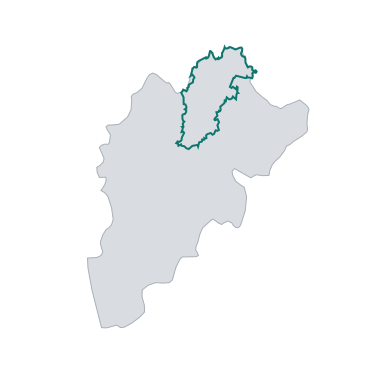 location of Liege within Belgium, rotated 282°
{"feature_id": "BEL-3481", "entity_name": "Liege", "entity_type": "Province", "adm_level": 1, "iso_a3": "BEL", "parent_name": "Belgium", "parent_adm1": "", "projection": "natural_earth1", "projection_center": [5.813, 50.464], "detail": "fine", "context": "in_parent", "style": "outline", "palette": "teal", "viewbox_px": 384, "rotation_deg": 282, "n_neighbors": 0, "source": "natural_earth", "source_scale": "10m", "svg_char_len": 4731}
<svg xmlns="http://www.w3.org/2000/svg" viewBox="0 0 384 384"><g transform="rotate(282 192 192)"><path d="M174.5,102.6L180.7,105.1L186.1,105.6L188.5,104.5L187.0,98.4L191.4,95.2L196.4,93.7L198.6,96.3L203.0,99.0L206.6,99.0L216.2,92.1L218.4,93.4L220.4,95.9L220.9,97.9L221.2,100.0L223.4,100.9L230.9,100.4L234.7,96.7L237.8,94.3L240.0,95.9L241.1,100.5L243.1,106.6L252.1,113.4L259.7,115.3L269.0,114.0L272.7,112.8L275.2,113.8L277.7,117.4L283.1,121.5L294.4,124.4L297.8,126.0L300.2,128.8L299.5,132.8L294.1,142.6L293.4,145.5L294.2,146.5L293.1,148.3L286.1,154.9L285.4,157.2L287.8,161.0L289.7,164.2L293.9,165.7L297.9,166.2L305.4,166.4L313.4,166.6L314.3,168.4L323.3,173.8L326.1,178.0L332.5,182.1L327.2,187.3L328.0,189.6L329.9,192.0L337.2,193.3L340.8,196.7L341.0,201.9L342.7,210.4L327.7,218.9L323.5,228.3L323.1,230.2L322.6,229.9L321.0,226.8L318.2,226.8L312.0,225.5L303.4,234.0L299.5,241.1L297.1,246.3L293.7,250.5L293.0,255.0L293.4,256.9L292.2,259.3L292.1,261.8L297.1,266.8L298.4,269.5L304.5,278.4L302.6,281.6L301.1,285.1L299.3,287.6L297.3,289.2L291.0,289.1L283.0,290.2L277.6,291.9L274.8,291.9L269.1,287.5L262.7,280.9L258.6,277.7L256.7,275.0L251.7,273.9L244.5,270.6L239.5,267.0L235.2,264.8L229.2,263.7L224.2,263.8L222.7,257.9L222.2,251.0L218.1,246.5L223.8,228.7L220.5,226.9L216.8,228.3L211.6,232.6L209.1,237.7L207.5,242.1L198.7,246.4L184.7,248.0L169.5,246.4L167.4,245.3L166.4,244.0L166.4,242.4L167.5,240.0L170.2,237.1L170.9,232.9L168.2,229.3L166.4,227.9L167.1,224.4L169.2,220.0L169.6,217.5L159.3,209.9L151.9,208.4L144.7,208.2L139.2,207.3L136.0,207.7L133.6,209.9L131.3,211.5L129.6,209.6L126.5,196.2L124.0,194.2L114.7,191.9L102.0,191.1L98.7,188.7L96.9,182.7L95.8,175.4L91.7,168.5L89.6,166.8L85.9,163.7L79.2,164.9L71.2,169.0L66.5,170.1L64.7,170.5L58.4,166.6L51.4,160.5L45.8,154.0L44.5,150.3L46.3,146.0L44.3,142.6L41.3,136.5L40.5,131.7L75.0,114.7L95.9,106.1L105.7,103.5L108.0,112.2L109.8,114.9L112.1,116.7L115.2,117.1L118.7,114.9L123.7,112.7L131.7,113.7L137.5,115.8L139.5,118.0L143.3,120.1L148.9,120.6L159.8,116.6L170.3,110.6L173.3,106.4L174.5,102.6Z" fill="#d9dde1" stroke="#a8b0b8" stroke-width="1"/><path d="M317.0,227.4L316.1,227.3L315.7,227.1L315.9,224.0L315.8,223.8L315.5,222.7L316.6,221.7L314.8,221.4L314.5,220.3L314.9,210.9L312.4,209.8L312.3,208.9L302.7,207.2L302.0,209.1L303.4,210.1L301.7,213.6L304.4,214.0L303.9,214.9L298.9,215.5L298.4,216.5L297.9,215.5L296.6,215.2L291.8,215.8L293.9,212.1L291.8,211.6L290.5,209.9L290.5,208.8L291.8,206.3L287.8,206.2L288.2,205.0L285.6,205.2L281.3,201.9L278.6,202.9L277.3,202.8L276.9,202.5L277.1,201.5L275.8,201.3L275.1,199.3L271.9,201.0L268.5,198.9L267.4,198.9L267.0,199.6L268.5,201.9L265.9,203.9L262.5,203.0L258.2,205.4L257.1,204.1L257.2,202.3L253.3,201.4L252.3,200.1L253.6,198.1L252.1,195.4L250.4,194.0L247.7,194.9L246.9,193.7L247.3,192.8L245.7,193.0L245.1,191.4L246.2,190.6L244.3,191.3L243.3,191.1L242.1,188.7L237.7,188.5L239.2,187.6L237.2,182.8L233.3,179.8L233.6,177.4L235.1,175.1L235.1,172.1L236.3,171.4L234.4,169.1L236.3,168.3L236.5,166.5L238.5,167.4L238.4,169.2L239.7,170.5L240.9,171.0L243.0,170.7L248.2,172.0L249.2,171.0L248.4,169.3L253.1,169.8L253.6,168.8L254.2,170.0L256.8,168.7L259.3,169.8L259.6,168.7L261.2,167.6L264.9,166.6L265.9,166.9L266.9,168.9L269.0,169.6L270.8,169.4L271.4,167.7L272.9,169.0L274.2,168.8L276.3,167.3L276.2,165.6L283.0,164.0L286.9,160.8L287.3,161.1L289.0,161.8L290.3,162.1L290.1,163.2L289.3,165.6L290.7,166.2L291.6,166.4L292.4,166.2L292.8,165.8L293.0,166.0L294.2,167.0L296.2,166.5L299.5,170.1L302.4,169.8L304.3,170.6L304.9,170.3L306.8,168.1L305.3,166.5L306.1,166.7L311.9,166.9L313.5,166.7L313.3,166.8L313.3,167.0L313.4,167.4L314.7,168.0L314.8,168.9L314.5,170.0L314.8,170.8L315.8,170.9L318.9,170.2L320.2,170.3L321.8,171.6L326.6,177.5L325.5,178.1L326.4,179.5L328.1,180.2L333.5,180.3L333.7,180.9L333.1,181.8L332.2,182.7L332.2,183.1L330.5,183.9L328.0,185.6L326.6,187.5L327.9,188.8L327.3,189.6L327.4,190.1L328.0,190.3L328.9,190.3L328.3,191.2L328.9,191.7L329.6,192.8L330.2,193.2L331.0,193.3L333.7,192.6L333.9,192.5L334.1,192.4L334.2,192.5L334.4,192.6L335.6,193.1L339.0,193.7L340.5,193.8L339.6,194.5L339.4,195.3L339.6,196.2L340.1,197.2L340.8,198.1L341.3,198.2L341.6,198.6L341.6,200.3L341.0,202.6L340.5,204.0L340.6,205.2L343.3,209.1L343.4,209.7L343.5,210.5L342.5,211.4L340.4,211.7L339.3,211.5L338.4,211.2L337.6,211.2L336.5,211.7L335.7,212.5L335.2,213.4L335.0,214.4L335.4,215.4L333.9,216.4L330.5,217.2L328.9,217.9L328.1,218.8L326.3,219.9L325.5,220.8L326.6,221.7L327.0,222.9L327.0,224.0L326.5,225.0L325.9,225.3L324.3,225.4L323.7,225.7L323.5,226.1L323.2,227.2L323.1,227.7L323.9,228.2L324.2,228.8L323.9,229.5L323.2,230.2L322.0,229.8L321.8,229.0L321.9,228.0L321.6,227.1L320.6,226.3L320.0,226.4L319.5,226.8L318.8,227.2L317.0,227.4Z" fill="none" stroke="#0f766e" stroke-width="2"/></g></svg>